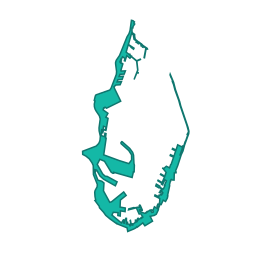 Port Alexandria Police Department, Al Iskandariyah, Egypt (Equal Earth projection), rotated 154°
{"feature_id": "37247803B3923529194747", "entity_name": "Port Alexandria Police Department", "entity_type": "district", "adm_level": 2, "iso_a3": "EGY", "parent_name": "Egypt", "parent_adm1": "Al Iskandariyah", "projection": "equal_earth", "projection_center": [29.857, 31.18], "detail": "fine", "context": "isolated", "style": "filled", "palette": "teal", "viewbox_px": 256, "rotation_deg": 154, "n_neighbors": 0, "source": "geoboundaries", "source_scale": "gbopen_adm2", "svg_char_len": 5751}
<svg xmlns="http://www.w3.org/2000/svg" viewBox="0 0 256 256"><g transform="rotate(154 128 128)"><path d="M189.5,77.3L188.2,70.3L188.6,68.8L186.9,63.0L186.3,59.3L184.1,54.3L180.1,46.9L179.8,47.1L179.5,46.3L172.6,38.7L173.6,35.1L167.1,34.7L164.6,34.8L163.3,35.4L163.1,34.8L156.3,36.2L155.7,32.7L146.8,33.5L146.8,38.9L142.7,37.9L140.4,38.1L136.9,40.9L136.2,41.7L136.4,42.0L132.3,45.5L131.7,44.7L128.0,47.7L126.5,45.5L123.3,47.8L121.9,49.6L122.1,49.9L115.8,57.9L115.7,58.6L113.7,61.1L113.0,61.5L112.9,62.2L111.7,62.8L111.4,62.1L109.4,61.0L106.1,67.3L104.4,66.7L104.0,67.8L104.2,68.1L103.6,69.0L99.9,72.3L91.9,80.6L88.7,83.2L84.6,87.9L76.0,96.2L74.7,98.3L73.8,102.2L70.9,124.8L70.0,129.0L68.5,141.8L67.0,149.1L66.5,157.8L67.0,157.2L66.8,156.5L67.1,155.8L67.2,154.2L67.0,153.9L67.3,151.2L67.8,150.4L68.0,147.2L69.1,141.7L70.3,130.5L71.3,125.4L73.9,104.7L75.0,98.8L76.2,96.6L76.7,97.1L77.7,96.2L77.3,95.6L81.5,91.4L82.7,90.6L91.2,81.7L92.7,80.4L93.1,80.9L86.4,87.6L86.6,87.9L87.9,87.5L90.7,91.1L94.5,87.2L96.8,90.1L97.5,89.5L95.2,86.5L99.1,82.5L101.5,85.4L102.2,84.7L99.8,81.8L105.2,76.4L105.8,76.3L108.1,74.0L110.3,76.8L113.3,76.0L114.9,77.0L114.3,76.3L113.2,71.3L114.9,69.9L114.8,69.6L116.1,68.5L118.6,72.3L119.2,71.9L116.6,68.0L121.3,64.0L123.8,67.9L124.3,67.5L121.8,63.5L122.5,62.9L121.8,61.8L117.6,65.3L116.6,63.7L120.4,60.4L120.1,60.0L122.9,57.7L123.4,57.8L125.6,61.1L124.9,61.7L127.1,65.1L128.5,63.7L126.5,60.7L126.0,60.9L124.2,58.0L124.8,57.4L125.3,57.6L125.3,56.7L125.9,57.1L125.7,56.2L126.2,56.1L127.2,57.5L126.6,56.2L127.9,56.2L128.5,56.9L128.0,56.1L125.8,56.0L125.1,54.4L126.7,53.4L127.1,54.4L127.5,54.2L127.2,53.5L127.5,53.3L127.9,54.1L129.3,53.5L129.6,53.9L130.6,52.9L133.0,56.0L133.8,55.2L130.4,50.7L132.1,47.4L134.1,45.7L134.6,46.4L136.2,45.0L135.7,44.3L137.1,43.0L138.8,45.6L141.8,42.9L143.0,44.6L141.9,42.9L141.9,41.7L142.3,41.3L143.6,41.6L144.0,44.6L147.3,44.1L147.5,45.3L147.4,44.2L148.9,44.2L149.1,43.7L150.2,43.9L153.0,46.4L153.7,47.9L153.5,49.5L152.0,49.5L152.1,47.9L151.4,47.6L151.1,48.0L150.9,53.2L151.2,53.6L151.9,53.3L152.0,51.6L153.3,51.8L153.5,52.4L157.2,53.4L157.5,53.9L162.7,55.0L163.4,54.2L155.5,52.6L155.7,45.8L154.4,45.4L154.0,44.9L153.7,41.4L154.8,41.1L154.9,41.7L155.6,41.6L155.5,41.0L155.9,40.9L156.1,41.4L158.3,41.1L158.5,42.5L159.0,42.4L158.8,41.0L160.1,40.7L160.2,41.5L161.1,41.3L160.9,40.0L161.2,40.0L161.6,41.9L161.8,41.9L161.7,39.9L162.8,40.2L162.8,39.9L165.0,39.5L166.4,39.0L166.4,38.6L167.0,38.6L166.6,38.7L166.1,40.0L166.6,40.3L166.9,39.4L167.5,39.5L166.3,43.9L166.6,43.9L167.8,39.4L168.7,39.6L168.9,39.2L169.3,39.5L168.8,40.8L171.5,42.5L170.8,43.7L169.9,43.1L169.7,43.5L170.6,44.1L169.0,47.5L169.4,47.8L171.7,46.2L173.1,44.1L173.7,44.6L171.8,47.0L172.4,47.5L175.6,45.6L180.6,56.8L178.2,58.7L175.4,57.1L174.1,56.3L175.5,53.8L173.6,52.3L171.1,56.8L167.3,54.1L165.5,57.3L169.8,60.4L166.4,66.6L159.2,68.2L159.9,72.4L175.1,68.9L177.0,69.2L177.6,82.2L173.7,89.1L174.9,91.7L177.9,94.3L177.2,102.3L178.0,103.6L177.7,104.0L176.6,102.8L177.6,104.2L177.4,104.6L176.3,103.1L176.2,103.2L177.0,104.3L177.2,105.0L176.0,103.4L177.1,105.1L176.4,105.4L174.6,103.9L174.2,97.0L172.4,92.7L164.7,81.6L161.4,84.4L168.0,93.7L169.6,94.6L170.9,97.8L171.6,108.8L167.0,112.2L163.7,108.4L162.5,95.6L161.4,93.9L160.6,93.6L160.2,94.4L146.0,81.7L142.3,86.3L141.7,85.9L138.6,91.7L138.2,93.5L134.9,101.2L134.5,104.1L135.4,108.9L139.3,118.3L139.6,118.5L140.8,117.9L141.1,117.0L137.2,107.4L136.6,102.3L138.7,97.8L142.8,95.6L150.4,102.8L161.6,114.5L152.1,128.4L152.6,128.9L150.2,132.6L151.0,133.4L152.9,130.6L155.5,133.0L152.4,138.1L151.4,137.3L152.7,135.5L152.7,134.9L150.7,137.1L148.9,135.5L148.3,136.2L148.7,136.6L149.0,136.2L150.9,137.9L149.3,140.3L147.4,138.5L148.2,137.2L147.8,136.9L141.7,145.4L143.2,147.4L139.6,150.0L142.4,155.2L140.6,157.3L141.1,156.6L140.9,156.3L139.5,156.8L138.6,155.2L122.8,155.3L122.8,168.9L122.6,171.2L120.0,171.9L116.1,170.3L113.6,172.5L117.6,174.2L115.9,175.8L112.0,174.2L109.5,176.6L113.4,178.2L111.7,179.8L107.8,178.1L105.3,180.5L109.2,182.2L109.4,182.6L104.5,187.9L105.5,189.7L105.4,188.8L106.1,189.6L106.3,190.8L105.5,190.8L105.7,191.3L105.2,191.6L105.0,191.1L104.7,191.2L105.1,192.1L104.6,192.4L104.2,191.9L104.4,192.5L104.1,192.9L103.9,192.5L102.1,194.2L101.6,194.4L100.3,191.8L101.8,190.1L101.3,189.5L97.4,193.6L95.4,189.3L95.5,189.9L93.8,190.8L90.9,184.4L93.9,175.8L101.3,168.9L95.5,174.0L94.9,173.0L94.6,173.3L95.4,174.2L93.8,175.7L90.7,184.3L86.8,184.1L86.8,184.5L90.7,184.6L93.6,190.8L93.3,191.0L94.0,191.9L93.8,192.0L93.9,192.4L94.2,192.2L94.5,192.9L94.3,193.4L94.6,193.3L96.4,197.0L91.3,202.7L89.5,199.4L89.9,199.1L88.5,196.4L87.6,197.1L91.0,202.9L83.3,211.5L82.4,209.4L83.7,205.0L82.1,202.3L83.1,201.7L82.9,201.5L82.0,202.1L81.6,201.3L82.5,200.7L82.2,200.3L82.2,200.7L81.5,201.2L81.1,200.3L82.0,199.7L81.9,199.4L81.0,200.0L79.4,196.8L80.3,196.2L80.2,195.9L79.3,196.6L78.9,195.7L79.6,195.0L78.8,195.5L78.4,194.8L79.3,194.1L79.1,193.9L78.3,194.5L76.9,192.0L82.7,184.2L82.4,183.9L76.8,191.6L76.5,190.6L75.9,190.4L75.8,191.1L78.4,195.7L78.9,197.3L79.1,197.1L80.2,200.0L80.5,200.0L82.6,204.6L81.8,207.6L81.0,209.2L82.4,211.8L81.9,213.5L80.5,216.1L79.7,215.8L79.0,217.0L76.4,218.5L76.8,219.3L76.5,220.0L75.7,220.5L76.5,222.3L77.7,223.3L83.4,214.8L85.7,212.4L89.0,210.3L103.8,196.9L108.9,194.0L110.4,192.4L111.0,191.2L113.5,183.8L115.0,181.3L125.8,171.2L127.7,170.1L142.0,171.8L142.8,171.6L143.8,170.6L146.3,167.5L145.8,166.8L147.8,164.3L148.9,161.8L149.3,159.2L149.2,157.1L148.4,151.6L149.0,148.3L154.0,140.8L155.2,138.1L156.5,132.7L158.6,129.2L160.0,127.8L161.2,126.9L164.5,125.7L179.0,127.0L180.3,124.1L178.2,121.3L176.3,117.2L175.6,112.4L175.7,109.5L179.5,101.3L180.3,90.8L181.5,88.7L185.0,86.2L186.1,84.8L187.7,80.9L188.7,77.2L189.5,77.3Z" fill="#14b8a6" stroke="#0f766e" stroke-width="1.5"/></g></svg>